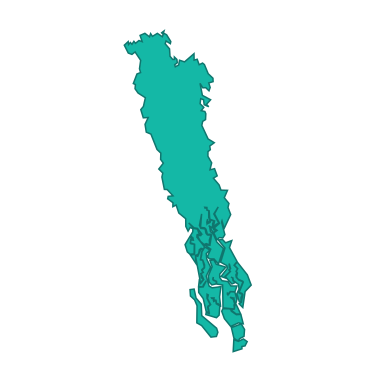 the district of Satkhira, Khulna, Bangladesh, rotated 351°
{"feature_id": "16705992B60176987344662", "entity_name": "Satkhira", "entity_type": "district", "adm_level": 2, "iso_a3": "BGD", "parent_name": "Bangladesh", "parent_adm1": "Khulna", "projection": "equal_earth", "projection_center": [89.15, 22.3], "detail": "fine", "context": "isolated", "style": "filled", "palette": "teal", "viewbox_px": 384, "rotation_deg": 351, "n_neighbors": 0, "source": "geoboundaries", "source_scale": "gbopen_adm2", "svg_char_len": 6102}
<svg xmlns="http://www.w3.org/2000/svg" viewBox="0 0 384 384"><g transform="rotate(351 192 192)"><path d="M152.5,33.5L148.1,36.4L150.8,44.8L154.2,46.7L157.7,44.8L161.9,53.9L159.4,62.1L159.9,66.0L156.1,66.8L151.0,75.7L152.9,77.0L151.9,81.1L154.2,85.8L160.7,91.6L157.4,99.9L154.3,102.6L155.5,111.1L160.4,111.6L156.2,117.8L156.2,125.7L160.5,128.4L164.1,144.5L167.3,148.7L166.1,154.9L168.2,159.0L162.8,164.1L166.1,168.7L164.6,172.5L165.1,185.1L167.9,185.7L172.6,192.8L167.8,192.6L166.9,194.9L171.5,199.6L170.8,203.5L174.3,202.4L175.7,210.7L181.6,217.4L180.5,225.0L182.0,230.0L184.7,226.7L187.1,228.5L186.5,231.5L176.9,242.9L178.0,250.4L180.2,253.1L184.4,253.5L186.1,244.0L182.9,243.0L182.4,242.5L182.3,241.9L183.3,238.8L185.6,239.6L185.6,237.6L184.2,237.8L183.7,236.8L183.9,236.1L185.2,235.8L183.9,236.8L185.7,237.4L185.8,239.8L183.5,239.2L182.4,241.9L186.4,244.0L185.0,252.9L184.3,254.1L180.6,254.1L184.7,263.2L185.5,255.1L186.3,254.9L187.4,255.8L187.7,254.6L188.8,254.1L190.3,250.1L192.2,249.1L193.5,249.7L194.1,250.6L195.8,248.1L189.7,237.3L190.5,234.9L194.4,235.0L192.3,233.4L191.6,229.5L188.0,228.2L183.9,222.0L188.4,227.7L191.7,228.8L195.0,234.8L193.9,236.4L190.4,235.9L192.6,242.1L195.8,245.8L198.0,245.2L201.1,246.9L201.6,242.2L204.1,237.4L201.1,237.1L200.2,236.5L199.3,234.7L199.2,230.5L195.0,229.3L194.1,226.2L198.1,215.1L194.9,228.3L198.9,229.4L200.0,231.0L200.6,236.3L203.6,236.6L204.5,237.8L201.4,247.4L196.2,246.3L201.6,251.4L197.1,258.2L198.7,260.8L203.2,261.5L206.9,267.2L214.2,252.8L208.7,245.3L206.7,237.5L204.0,233.9L204.0,228.5L206.7,230.5L207.5,226.1L209.4,224.3L206.1,222.7L205.1,224.9L201.9,225.8L201.9,224.1L203.2,221.1L202.1,225.6L205.5,222.6L204.5,220.0L205.6,213.1L203.9,212.2L204.0,210.0L202.4,210.0L202.2,209.1L204.3,209.6L204.0,212.0L206.0,213.3L205.3,221.6L209.8,224.1L207.2,230.9L204.1,229.6L206.5,235.3L210.2,233.8L207.6,232.6L208.0,230.1L210.6,227.8L213.6,226.9L210.1,217.1L215.6,210.8L210.8,217.1L214.3,227.2L208.2,231.1L210.8,233.8L207.1,235.7L209.1,243.1L211.8,241.3L215.3,242.1L217.8,239.3L216.5,226.3L217.1,225.2L218.0,233.1L226.7,220.3L225.1,212.9L226.7,209.1L223.0,202.7L227.3,195.9L220.9,194.7L219.9,189.3L215.3,181.7L219.4,180.0L217.9,172.5L213.2,172.9L216.0,166.3L213.3,159.2L214.1,154.6L216.7,153.1L216.7,149.4L221.7,146.8L216.2,142.1L212.1,127.8L213.6,123.9L216.7,122.6L217.9,116.9L217.3,114.5L213.8,113.1L216.9,110.3L213.8,106.1L215.2,101.2L217.8,102.6L217.7,107.7L221.9,110.4L220.0,107.7L224.8,103.8L217.4,98.2L216.9,85.9L219.0,90.8L221.9,91.1L224.6,94.7L226.3,91.6L225.6,86.9L230.1,86.3L230.5,82.9L226.5,77.7L224.2,68.1L222.6,66.3L219.0,67.4L217.9,61.7L214.7,62.1L215.6,55.7L205.0,62.3L200.3,59.9L198.7,64.5L195.1,65.7L194.8,63.6L197.7,62.0L197.8,58.7L195.7,55.9L195.3,58.3L193.7,58.1L191.5,54.5L192.2,47.1L188.7,41.4L190.0,38.8L193.8,42.1L194.6,40.1L191.5,32.7L188.6,30.5L189.5,28.6L186.9,30.0L188.2,31.9L187.0,34.0L182.6,29.9L177.3,32.1L175.9,29.1L174.3,32.1L170.3,27.9L165.2,29.2L166.3,35.7L163.3,34.1L159.4,36.3L158.2,34.1L155.8,36.7L154.5,34.7L152.4,36.4L152.5,33.5ZM196.1,260.7L196.4,255.1L200.6,252.1L196.1,248.4L192.4,252.7L191.6,255.8L190.0,259.8L192.0,261.0L193.0,265.9L192.5,268.8L189.7,270.9L190.6,273.2L188.2,274.0L189.9,280.3L186.2,283.6L185.2,281.0L183.7,286.4L187.7,287.4L188.9,285.3L192.3,281.8L188.2,287.5L183.6,287.1L182.9,292.3L186.4,299.0L187.3,312.1L189.8,314.3L189.4,308.2L190.1,307.1L192.4,306.3L190.2,299.4L190.9,295.4L192.0,296.2L190.6,299.6L192.8,306.1L189.9,308.0L190.2,314.3L189.6,314.6L187.2,313.1L186.5,315.2L196.5,320.0L199.5,317.9L201.7,308.8L198.5,306.2L198.5,302.8L196.4,303.5L196.1,301.9L197.0,300.3L194.9,300.2L194.7,299.6L197.2,300.0L196.5,303.0L197.9,302.4L198.8,302.9L198.7,305.9L200.3,306.4L201.9,308.5L202.3,310.0L202.8,299.9L205.8,290.0L196.9,289.8L194.2,287.6L192.9,277.3L198.6,269.1L196.1,260.7ZM202.8,262.3L199.0,262.6L200.2,269.0L194.9,277.6L194.8,283.5L197.1,286.9L201.3,286.6L202.1,284.2L199.6,282.8L198.9,281.9L199.0,280.9L199.8,279.3L199.1,281.9L202.3,284.1L202.0,286.8L207.7,288.6L204.5,311.3L215.0,314.0L215.7,313.0L216.0,309.9L216.8,308.5L216.2,306.9L216.4,305.8L215.9,304.8L216.5,303.6L215.3,303.9L213.1,301.9L216.7,303.3L217.0,308.5L216.2,310.0L217.6,309.6L219.6,305.0L218.7,297.5L214.6,296.5L211.6,299.2L211.0,298.7L211.2,296.7L211.5,299.0L214.2,296.3L218.8,297.3L221.7,291.9L215.8,290.9L213.3,286.0L207.7,284.3L206.0,280.8L206.5,277.4L213.7,271.5L204.7,267.2L202.8,262.3ZM217.2,247.4L214.7,243.7L210.5,243.5L215.8,252.5L209.3,265.8L214.8,270.1L215.2,272.7L207.5,280.0L212.5,282.7L211.4,280.5L217.2,276.5L216.2,274.7L218.0,273.6L217.2,272.0L217.4,269.2L217.6,268.5L218.1,273.5L217.9,274.0L216.4,274.6L217.5,276.5L211.7,280.8L217.0,289.1L220.6,288.2L218.6,285.9L218.7,283.3L217.2,282.1L219.0,283.3L219.0,286.0L223.5,290.6L223.2,295.3L220.4,299.5L221.6,307.8L223.3,308.2L223.8,304.1L225.8,300.9L223.2,299.6L222.7,299.0L222.6,298.2L228.3,288.6L224.4,286.3L222.4,283.2L222.4,280.7L222.9,279.9L223.8,279.4L223.1,277.3L225.0,274.9L222.1,270.9L225.6,267.7L220.3,252.8L223.7,246.2L217.2,247.4ZM195.0,330.4L182.3,315.7L183.6,304.2L179.4,297.4L178.9,288.2L174.8,288.1L174.2,294.5L177.7,298.9L179.2,305.1L176.3,322.0L180.6,325.4L188.0,338.3L193.5,338.5L195.6,334.6L195.0,330.4ZM224.1,314.0L228.9,298.6L235.9,293.2L233.7,282.5L225.8,268.4L222.4,270.8L225.2,274.8L223.3,277.2L224.2,279.1L222.7,283.0L224.0,285.5L228.1,288.0L228.6,289.0L222.9,298.4L225.6,300.1L226.1,301.3L223.5,308.7L221.0,309.8L224.1,314.0ZM211.8,313.4L204.3,312.1L202.7,314.4L204.2,322.2L209.2,330.8L217.4,328.5L222.0,330.2L221.1,320.5L216.6,320.1L212.2,315.9L211.8,313.4ZM220.0,330.0L209.7,332.1L210.5,342.8L212.6,345.1L214.7,346.1L216.0,344.3L220.8,342.7L222.4,336.0L220.0,330.0ZM189.7,260.3L192.1,252.8L193.5,251.0L192.1,249.4L187.6,256.4L185.9,255.3L185.5,257.5L186.2,283.0L189.6,280.0L187.9,278.2L187.9,274.0L190.3,273.1L189.4,271.0L189.6,270.2L192.4,268.3L191.9,261.2L189.7,260.3ZM214.4,346.8L210.2,344.4L207.7,356.1L216.8,354.7L217.1,352.4L220.3,352.3L223.1,348.4L219.8,345.2L214.4,346.8ZM221.0,320.2L218.2,310.5L216.7,310.4L215.5,314.2L212.0,314.5L216.5,319.4L221.0,320.2Z" fill="#14b8a6" stroke="#0f766e" stroke-width="1.5"/></g></svg>